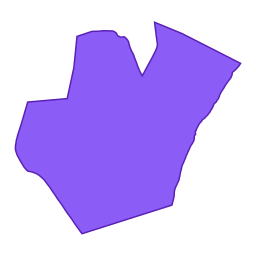 the district of Bruceville/Shanty Town, Vieux Fort, Saint Lucia
{"feature_id": "8701671B31536824051324", "entity_name": "Bruceville/Shanty Town", "entity_type": "district", "adm_level": 2, "iso_a3": "LCA", "parent_name": "Saint Lucia", "parent_adm1": "Vieux Fort", "projection": "robinson", "projection_center": [-60.948, 13.726], "detail": "fine", "context": "isolated", "style": "filled", "palette": "violet", "viewbox_px": 256, "rotation_deg": 0, "n_neighbors": 0, "source": "geoboundaries", "source_scale": "gbopen_adm2", "svg_char_len": 2848}
<svg xmlns="http://www.w3.org/2000/svg" viewBox="0 0 256 256"><path d="M21.1,124.5L17.8,134.7L16.2,141.0L16.0,143.0L15.6,144.6L15.5,146.6L15.4,147.9L15.4,149.1L15.6,150.1L16.1,152.0L16.6,153.5L17.3,155.4L18.5,157.5L19.8,160.0L21.7,163.2L24.0,167.0L26.2,169.6L27.7,171.1L32.3,172.0L33.6,172.6L35.4,173.1L37.0,174.0L38.2,174.7L39.5,175.6L40.5,176.5L41.4,177.3L42.2,178.0L43.3,179.0L44.3,180.0L45.3,181.3L46.3,182.7L47.2,183.9L48.3,185.4L49.0,186.2L50.2,187.8L50.8,188.8L51.8,190.3L52.7,191.7L53.6,193.0L54.6,194.3L56.0,196.5L57.2,198.4L58.7,200.5L59.7,201.8L61.2,203.9L65.3,210.1L67.2,213.0L68.9,215.2L70.2,217.0L72.1,219.6L73.4,221.6L74.8,223.7L77.1,227.0L79.0,229.6L80.6,231.8L82.0,233.7L171.9,205.1L172.4,203.2L173.3,199.7L173.9,197.2L174.2,195.2L174.2,193.6L174.5,190.6L175.2,188.4L175.6,187.3L176.7,184.9L177.9,182.3L178.9,180.1L179.1,179.7L179.3,178.2L179.5,177.1L179.7,176.6L179.9,175.5L180.3,172.9L181.1,170.0L181.4,168.7L181.9,166.4L182.1,165.7L182.5,164.7L183.5,162.7L184.4,160.4L185.0,158.9L185.5,158.0L186.0,156.4L186.6,155.0L186.9,154.3L187.3,153.6L187.6,152.6L187.9,152.0L188.4,151.1L189.2,149.2L189.9,147.7L190.6,146.0L191.3,145.0L192.5,143.2L192.9,142.3L193.4,141.5L193.9,140.4L194.2,139.4L194.3,138.2L194.3,136.6L194.5,135.7L194.8,135.2L195.1,134.9L195.4,134.4L195.7,134.0L195.4,133.1L195.2,132.2L195.5,131.3L196.1,130.5L196.3,129.8L196.7,128.6L197.6,126.9L198.5,125.3L198.7,124.8L199.2,123.9L199.6,123.3L201.0,121.8L201.4,121.5L202.4,119.8L204.1,118.5L204.8,118.0L205.6,117.0L206.4,116.2L207.6,115.1L208.8,113.4L209.9,112.1L211.4,109.4L212.3,108.1L213.0,106.4L213.4,105.5L213.8,104.5L214.0,103.9L214.6,103.4L215.9,102.2L216.6,101.5L216.8,100.6L217.1,100.2L217.8,99.5L218.3,98.8L219.3,96.4L219.7,94.9L220.1,94.2L221.2,92.0L222.7,89.6L223.7,88.3L224.4,87.0L225.7,84.8L226.3,84.0L227.6,82.0L229.6,79.5L231.0,77.5L232.0,75.0L232.2,74.1L232.3,72.4L233.1,71.8L235.5,69.7L237.0,68.1L238.7,66.2L240.6,63.4L182.1,33.6L154.6,22.3L155.5,29.9L155.8,31.9L156.2,35.5L156.7,39.0L157.1,42.1L157.4,43.7L157.4,44.4L157.1,47.0L155.6,50.7L155.2,51.6L151.5,58.8L147.8,65.5L145.5,69.8L143.8,73.1L142.3,75.8L142.1,75.3L141.0,73.5L140.2,72.1L138.9,69.1L138.0,66.9L137.3,65.3L137.0,64.3L136.8,63.5L136.0,61.4L135.6,60.5L135.3,59.9L135.1,59.1L134.8,58.4L134.2,56.6L134.0,56.0L133.6,54.9L132.8,53.2L131.8,51.4L130.0,47.4L129.7,46.2L129.6,45.9L129.3,45.1L129.1,44.1L128.9,43.5L128.7,42.3L128.0,40.8L127.7,40.2L126.6,38.9L125.4,37.6L124.8,37.2L124.5,37.0L123.4,36.8L122.8,36.9L121.8,37.1L121.0,37.2L120.2,37.0L119.7,36.8L119.3,36.5L117.9,35.9L117.2,35.3L117.1,34.8L116.9,34.1L116.6,33.5L116.1,32.9L115.7,32.6L115.3,32.3L115.1,32.1L114.1,31.6L112.8,31.0L110.2,30.9L103.6,30.7L99.6,31.1L98.3,31.2L92.0,31.4L77.0,36.4L73.9,67.5L67.2,98.6L28.4,102.0L27.7,102.1L27.4,103.0L27.2,103.8L21.8,122.2L21.1,124.5Z" fill="#8b5cf6" stroke="#5b21b6" stroke-width="1.5"/></svg>